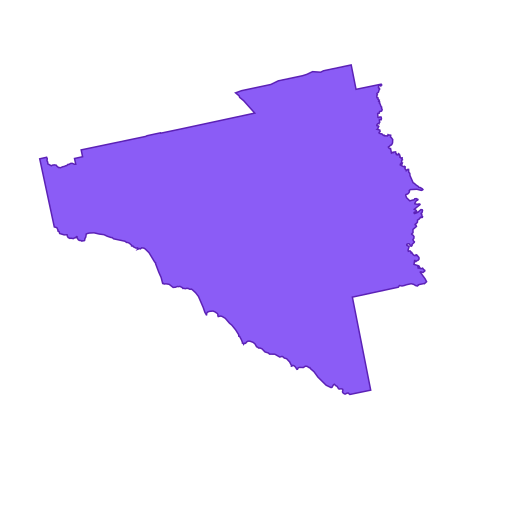 Surf Coast, Victoria, Australia, rotated 70°
{"feature_id": "25037944B61768543919434", "entity_name": "Surf Coast", "entity_type": "district", "adm_level": 2, "iso_a3": "AUS", "parent_name": "Australia", "parent_adm1": "Victoria", "projection": "equal_earth", "projection_center": [144.106, -38.34], "detail": "fine", "context": "isolated", "style": "filled", "palette": "violet", "viewbox_px": 512, "rotation_deg": 70, "n_neighbors": 0, "source": "geoboundaries", "source_scale": "gbopen_adm2", "svg_char_len": 5962}
<svg xmlns="http://www.w3.org/2000/svg" viewBox="0 0 512 512"><g transform="rotate(70 256 256)"><path d="M159.7,435.6L161.2,433.5L163.6,433.2L164.8,433.6L165.7,432.7L167.7,432.8L170.5,429.1L171.4,426.3L173.2,426.5L174.4,426.2L175.8,424.9L176.0,423.8L177.2,421.7L176.9,420.3L177.3,418.6L176.5,418.4L176.4,417.8L176.9,417.5L177.2,417.9L178.7,417.7L180.0,417.4L180.9,416.7L181.7,415.1L182.5,414.5L182.4,413.6L182.9,412.4L182.6,411.6L181.2,410.9L180.0,409.5L177.3,408.0L177.2,406.7L177.4,404.9L178.8,400.3L181.7,395.9L184.0,391.5L186.5,389.1L189.2,385.7L189.5,384.8L191.1,384.0L197.3,374.1L199.0,373.0L199.4,371.9L200.6,370.7L203.1,369.3L204.0,369.5L204.6,368.2L205.5,368.0L207.6,366.0L207.9,364.4L208.8,364.3L209.2,364.9L209.2,362.8L209.8,362.2L209.2,360.6L210.3,358.6L211.5,357.7L216.3,355.4L226.9,353.3L228.1,352.7L228.7,353.0L237.8,352.9L243.8,352.5L249.9,353.1L250.1,352.3L250.9,352.0L251.3,350.2L252.9,347.3L257.2,344.6L257.8,342.3L257.7,340.5L258.3,339.3L258.5,337.9L260.6,336.0L261.5,335.8L261.6,335.1L262.6,333.5L262.6,332.5L263.2,330.9L264.6,329.6L265.1,327.9L266.4,327.1L269.9,325.3L274.3,323.9L286.4,323.2L291.3,323.3L294.9,322.7L293.1,322.1L292.2,320.8L292.1,318.8L293.0,315.3L294.3,313.8L296.8,312.0L297.9,311.8L299.3,312.3L300.0,312.2L300.3,309.9L301.0,308.7L304.0,306.2L310.1,303.9L312.6,302.4L318.4,300.4L324.0,299.2L325.5,299.6L326.0,298.9L329.6,298.4L332.4,298.3L333.2,298.6L333.9,297.8L334.7,297.8L334.0,296.8L334.5,295.7L333.5,294.0L333.3,292.5L334.0,290.8L336.2,288.2L338.3,287.0L341.5,286.5L342.2,285.7L343.4,285.0L343.9,283.6L345.3,282.1L349.2,280.4L351.4,277.5L352.8,276.9L354.7,271.9L359.1,268.2L359.2,266.2L359.6,265.4L361.6,264.3L362.9,262.4L366.4,260.9L366.8,260.6L366.6,260.4L367.2,260.6L371.2,260.1L371.6,260.4L371.8,260.1L371.4,259.8L371.4,258.7L372.3,257.7L373.6,257.0L376.5,256.3L376.6,255.7L375.6,254.8L375.5,253.4L377.0,249.6L376.4,247.4L377.1,245.8L379.3,244.1L379.3,243.6L380.8,243.2L384.5,241.1L391.1,239.2L401.4,234.3L405.3,230.5L405.4,229.5L403.4,227.1L403.4,226.1L404.9,225.6L406.2,224.4L409.0,223.8L409.5,223.3L409.9,221.4L410.8,220.2L411.8,220.2L412.8,221.0L413.7,221.2L414.5,221.0L415.9,220.0L416.3,219.0L416.0,217.9L416.2,216.3L418.2,215.2L421.3,194.1L327.6,179.5L334.0,132.9L332.8,131.3L334.1,129.1L334.4,127.1L334.5,124.2L335.1,119.7L336.6,117.5L338.4,116.1L339.4,114.6L339.0,113.5L338.7,113.5L338.6,112.7L339.4,107.2L339.6,107.1L338.5,104.5L335.3,104.9L327.4,107.2L327.2,107.1L327.2,106.6L328.6,104.7L327.8,102.5L327.2,102.3L326.1,103.1L324.4,103.6L324.5,104.5L324.0,105.7L323.7,106.1L323.3,105.9L322.8,106.3L323.0,106.6L322.9,107.7L321.5,107.5L321.8,106.3L321.6,106.1L320.8,106.6L317.9,110.4L314.5,108.5L314.6,108.1L315.7,108.1L316.0,107.8L315.5,106.6L315.4,105.0L314.6,103.8L313.1,103.4L309.9,104.6L309.6,105.1L310.3,105.5L309.9,106.2L309.8,106.9L308.4,107.9L306.5,108.3L306.3,109.1L305.5,108.7L305.1,109.2L304.0,109.4L303.7,110.1L303.7,111.2L302.4,111.1L299.8,109.1L298.8,109.4L297.7,110.6L296.9,110.5L296.6,110.3L296.5,108.9L296.8,108.0L297.9,107.5L299.2,107.6L299.9,106.8L299.6,105.8L298.5,105.4L297.3,102.6L296.8,102.3L295.6,102.9L294.2,102.9L293.5,101.7L291.9,100.9L290.4,101.2L288.8,102.3L288.5,102.2L287.8,100.5L284.7,99.4L283.1,95.1L281.8,95.1L281.3,95.7L280.7,95.7L279.8,93.2L279.4,92.7L277.5,92.0L277.1,90.0L276.4,89.2L276.4,88.5L275.9,88.0L276.5,87.2L276.6,86.5L276.0,86.0L275.0,86.4L273.9,86.0L272.9,86.4L272.3,86.2L272.1,85.2L270.1,83.9L269.4,84.0L268.8,85.1L270.3,89.0L270.4,92.4L270.1,92.7L269.4,92.7L269.0,92.2L269.2,90.3L268.8,89.7L267.9,89.9L266.2,91.3L263.8,84.3L263.3,84.3L262.9,84.8L262.5,87.0L261.2,88.9L260.6,88.6L259.4,87.2L258.8,86.2L258.8,85.0L258.2,84.5L256.9,85.7L256.5,87.2L257.3,88.3L257.0,89.7L256.8,92.6L252.7,94.6L250.2,94.6L249.5,94.1L249.6,92.3L248.8,90.6L248.0,89.8L246.9,89.6L246.4,88.2L248.3,82.0L250.9,78.2L250.9,76.9L250.6,76.4L249.6,76.8L247.8,78.3L247.2,79.5L246.2,79.7L244.0,81.3L241.9,82.4L240.9,83.3L233.0,83.8L230.9,83.2L229.6,83.8L226.8,83.0L226.5,83.6L227.2,85.6L226.3,85.5L225.0,86.2L223.3,85.3L223.0,85.9L222.5,85.9L222.4,87.0L219.7,89.3L219.3,89.0L219.1,87.8L219.6,87.4L218.7,86.7L218.3,87.8L217.8,87.0L216.1,86.6L215.7,85.5L214.3,85.7L214.3,85.3L213.7,85.1L213.5,86.2L212.3,87.0L211.5,86.4L211.1,86.7L209.6,86.4L208.9,86.9L209.6,87.1L209.3,88.7L208.7,88.7L208.6,89.2L208.0,89.0L207.7,89.5L205.9,89.2L205.4,91.3L205.7,91.2L205.9,91.5L205.5,92.8L205.6,93.5L201.0,92.8L200.9,93.5L200.4,94.0L199.0,94.4L198.7,94.2L198.7,93.1L198.0,92.2L198.1,91.2L197.7,90.9L197.7,90.3L196.4,89.0L193.3,87.7L191.2,88.3L190.2,88.9L188.6,88.1L188.0,89.0L187.9,89.9L187.1,90.4L188.1,91.4L187.0,94.1L186.2,94.3L186.3,95.0L184.2,96.0L184.0,96.7L182.8,98.2L182.1,98.2L181.4,96.8L180.0,96.6L178.4,98.8L178.2,98.0L177.4,97.6L176.3,96.3L175.8,96.4L174.8,97.9L173.9,97.4L173.3,96.3L173.8,95.1L173.0,94.9L172.7,94.0L170.3,93.6L170.2,92.9L170.8,91.9L170.0,91.2L168.3,90.9L167.7,91.9L167.8,93.6L167.5,94.0L163.9,93.0L163.6,92.5L164.0,91.7L163.9,91.3L162.5,90.5L162.8,88.5L162.1,87.7L161.3,87.3L160.3,87.5L159.0,87.0L158.3,87.4L155.4,87.4L154.4,87.8L153.7,87.1L153.0,87.2L152.6,87.8L151.7,86.9L150.6,87.8L149.3,87.2L148.6,87.7L148.5,88.2L146.7,87.7L146.0,86.8L145.0,87.0L144.5,86.6L144.0,85.0L141.9,83.4L141.6,82.8L140.6,82.6L140.4,82.8L140.6,83.1L139.7,83.4L138.4,82.8L138.0,82.0L138.1,81.1L138.9,80.6L138.4,80.2L138.4,79.5L138.0,79.4L137.6,79.9L137.3,79.8L133.6,105.0L109.0,101.2L105.0,129.2L105.4,132.4L102.1,139.8L102.7,146.2L102.5,150.7L99.0,175.1L99.9,183.4L95.7,213.0L95.7,219.4L99.7,217.1L101.4,217.1L105.8,214.5L121.3,208.3L111.0,282.8L108.0,303.6L107.6,303.6L106.8,309.1L105.7,317.3L105.9,318.8L96.5,384.0L103.4,385.0L102.3,393.2L108.1,394.0L107.7,395.3L106.1,396.9L105.6,398.5L106.0,400.5L105.6,401.3L106.3,403.1L106.1,404.3L106.3,405.3L106.0,407.1L106.2,409.6L105.4,410.9L105.4,411.2L103.5,412.4L102.4,412.6L101.4,414.3L101.0,416.1L101.2,417.5L98.2,420.1L96.5,419.6L95.0,419.8L93.2,418.9L91.6,419.0L90.7,426.0L159.7,435.6Z" fill="#8b5cf6" stroke="#5b21b6" stroke-width="1.5"/></g></svg>